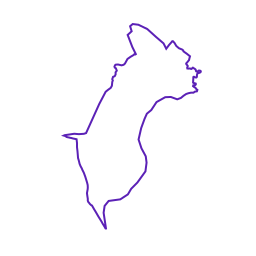 the district of Douentza, Mopti, Mali, rotated 100°
{"feature_id": "8926073B88686388091277", "entity_name": "Douentza", "entity_type": "district", "adm_level": 2, "iso_a3": "MLI", "parent_name": "Mali", "parent_adm1": "Mopti", "projection": "natural_earth1", "projection_center": [-2.566, 15.116], "detail": "fine", "context": "isolated", "style": "outline", "palette": "violet", "viewbox_px": 256, "rotation_deg": 100, "n_neighbors": 0, "source": "geoboundaries", "source_scale": "gbopen_adm2", "svg_char_len": 2427}
<svg xmlns="http://www.w3.org/2000/svg" viewBox="0 0 256 256"><g transform="rotate(100 128 128)"><path d="M85.3,151.5L89.2,151.2L91.5,152.0L94.0,154.4L96.2,156.3L109.4,160.5L140.3,168.4L141.4,170.5L142.6,175.4L143.0,179.9L146.1,189.2L146.6,189.9L146.7,189.0L146.9,188.0L147.2,187.5L147.5,187.0L147.5,186.5L147.6,185.6L147.6,184.4L147.7,183.4L147.7,182.2L147.9,180.1L147.9,179.0L148.0,176.7L151.7,175.6L155.7,174.9L159.7,173.7L163.5,172.7L166.2,172.0L169.0,170.6L171.6,169.5L173.8,168.1L175.8,166.5L177.1,165.7L179.8,163.7L183.4,161.6L188.9,158.8L191.2,157.8L193.4,157.3L195.1,157.1L197.5,157.1L199.3,157.1L202.4,156.1L204.7,155.3L206.5,155.0L207.6,154.4L208.4,153.4L209.3,152.5L209.9,151.6L210.4,150.8L210.5,150.5L210.6,150.0L214.0,147.2L216.0,145.4L220.3,141.8L224.2,138.3L224.7,137.9L225.1,137.5L225.9,136.9L226.9,136.1L227.4,135.6L228.3,134.8L228.9,134.3L229.8,133.5L230.5,133.0L231.3,132.2L231.5,132.1L231.2,132.1L215.7,137.3L208.8,137.5L203.2,134.4L199.6,123.2L193.4,116.6L187.3,114.3L180.1,109.3L167.7,103.3L158.9,103.7L152.8,105.6L145.7,111.2L137.5,115.6L125.8,115.0L116.2,113.3L110.6,111.9L106.3,108.2L97.5,104.4L91.2,96.7L90.0,91.2L91.2,84.5L89.2,81.1L86.6,78.9L84.4,76.6L83.2,74.4L82.2,71.9L81.8,69.6L80.6,68.5L79.9,66.5L78.4,66.3L77.8,67.5L76.8,68.4L76.2,69.9L75.5,71.2L74.6,71.1L74.2,69.4L73.4,68.8L72.5,69.0L72.3,70.2L72.3,71.1L72.0,71.8L67.8,72.3L66.5,72.5L66.1,72.1L66.1,71.7L66.4,71.3L66.4,70.7L66.5,69.7L66.2,69.3L65.8,69.1L65.0,69.1L64.1,69.3L63.6,69.3L63.2,69.3L62.6,69.2L61.6,68.2L61.2,67.1L60.5,66.3L59.8,66.1L59.3,66.3L59.0,67.1L59.2,68.4L60.6,69.6L60.4,70.6L60.0,71.0L59.5,71.1L59.2,71.3L58.6,71.7L58.3,72.3L57.9,73.0L57.7,73.9L57.3,74.6L57.5,74.9L58.0,75.1L58.3,75.4L58.8,75.7L58.9,76.3L58.6,77.2L59.0,78.7L59.1,79.9L58.4,80.2L56.6,79.9L55.5,81.0L55.1,81.6L54.3,81.9L52.5,80.8L50.5,79.7L48.6,79.6L46.6,79.4L44.7,82.9L42.9,86.7L42.0,87.1L41.3,88.4L40.6,91.7L38.8,94.7L36.1,97.0L35.5,97.8L35.1,98.4L34.7,98.9L34.9,99.5L35.3,99.8L35.7,99.9L39.1,102.0L43.3,104.1L38.5,107.7L33.4,116.3L27.2,126.2L24.5,135.7L24.8,141.4L27.4,143.6L32.1,141.2L36.4,144.5L47.5,137.8L53.9,133.1L54.3,133.5L54.3,134.6L55.1,135.1L57.4,137.8L60.1,140.5L65.1,142.2L66.5,143.3L67.4,145.2L67.2,148.9L67.5,150.0L67.6,150.7L68.0,151.4L69.0,151.8L69.9,152.0L70.8,151.5L71.3,150.3L73.5,149.0L75.3,149.9L77.4,149.5L79.3,150.1L80.2,151.6L81.5,151.8L82.6,152.0L83.9,151.2L85.3,151.5Z" fill="none" stroke="#5b21b6" stroke-width="2"/></g></svg>